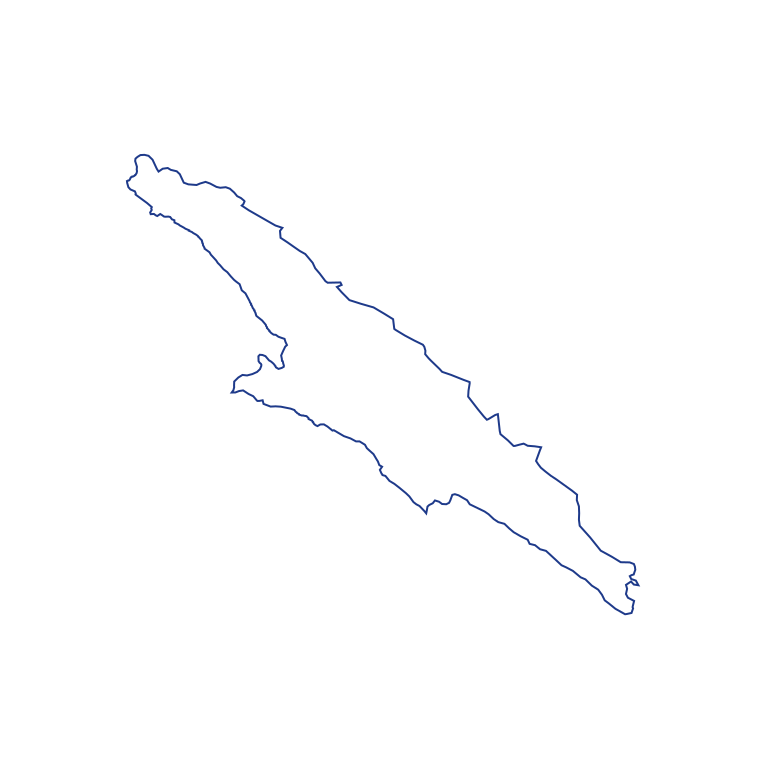 Tamu, Sagaing, Myanmar (orthographic projection), rotated 110°
{"feature_id": "60261553B38505178364809", "entity_name": "Tamu", "entity_type": "district", "adm_level": 2, "iso_a3": "MMR", "parent_name": "Myanmar", "parent_adm1": "Sagaing", "projection": "orthographic", "projection_center": [94.38, 24.188], "detail": "fine", "context": "isolated", "style": "outline", "palette": "blue", "viewbox_px": 768, "rotation_deg": 110, "n_neighbors": 0, "source": "geoboundaries", "source_scale": "gbopen_adm2", "svg_char_len": 4892}
<svg xmlns="http://www.w3.org/2000/svg" viewBox="0 0 768 768"><g transform="rotate(110 384 384)"><path d="M252.2,691.2L254.9,693.3L257.2,694.6L259.6,694.1L264.3,690.5L267.1,689.7L268.4,688.9L270.4,688.6L272.8,689.1L273.0,689.6L273.8,689.8L274.9,690.8L275.1,691.6L275.9,691.9L276.4,692.6L279.0,692.8L280.0,693.3L280.3,694.1L281.1,694.4L281.3,694.9L282.9,694.1L286.5,691.5L287.9,688.8L288.2,683.9L289.9,682.4L290.9,682.3L291.0,682.1L294.0,671.9L295.0,668.5L297.2,662.7L298.6,662.8L299.9,661.8L302.8,662.4L304.2,661.3L302.9,658.4L303.6,656.0L303.7,654.5L300.8,652.4L301.1,650.9L301.9,647.9L301.5,646.4L300.4,643.8L300.2,642.0L301.8,639.6L301.8,637.0L303.9,636.1L304.3,631.5L304.8,630.4L305.5,625.7L306.0,623.7L306.2,619.8L306.7,619.8L306.9,616.4L307.4,614.9L307.9,611.7L308.6,609.4L309.1,609.1L309.4,607.8L309.9,607.3L311.4,604.2L312.6,603.7L312.9,603.1L313.7,602.9L314.2,602.1L315.4,601.6L317.5,599.2L318.2,598.9L319.9,593.0L321.7,590.9L325.3,584.0L327.1,581.6L328.4,578.8L331.1,574.0L332.5,569.5L335.3,564.7L337.4,560.6L338.3,558.1L339.6,553.8L341.3,552.4L344.6,549.7L346.2,545.2L352.3,538.4L353.1,537.9L354.1,536.3L355.1,536.1L355.3,535.3L357.6,533.2L357.9,532.4L358.9,531.6L359.1,530.8L359.6,530.8L361.2,529.0L361.9,528.7L362.2,528.2L362.9,527.9L363.7,527.1L366.0,520.2L368.9,515.2L369.9,514.6L370.7,513.3L371.5,513.1L371.7,512.5L372.7,510.7L373.0,509.9L373.5,509.9L374.7,507.3L375.4,504.7L374.8,502.5L375.7,499.4L375.7,496.1L375.6,492.9L378.1,491.0L380.6,488.5L382.7,489.6L387.6,490.1L392.4,490.4L395.3,488.6L397.1,487.8L397.0,487.3L398.1,486.3L398.8,486.0L400.9,484.4L402.1,484.1L403.9,485.6L405.9,488.3L405.3,491.3L404.3,492.1L404.1,492.9L403.6,493.2L402.6,495.0L401.6,497.6L401.1,500.2L400.1,501.9L398.4,504.9L398.3,508.1L399.0,510.7L400.9,511.5L404.1,510.2L405.4,509.7L406.6,508.1L407.1,506.6L407.9,505.8L409.1,505.5L412.5,505.6L416.1,507.4L419.7,511.1L422.8,515.6L423.9,520.1L427.7,523.1L432.9,525.6L437.2,524.2L438.2,523.7L441.3,523.4L444.1,524.2L442.8,520.8L440.2,517.8L438.2,514.2L439.7,507.8L440.2,502.7L443.0,497.8L443.2,497.2L442.5,495.3L440.8,492.5L443.9,490.4L444.0,482.8L442.1,478.3L440.6,473.2L439.1,463.4L439.1,459.3L440.3,457.5L440.6,456.2L441.1,455.6L441.3,453.6L441.8,453.3L441.7,450.2L441.2,449.4L441.2,448.4L440.7,445.8L441.9,443.2L442.7,442.9L443.1,439.0L443.6,438.5L443.9,437.7L444.4,437.7L444.6,437.0L445.4,436.2L446.1,434.3L446.3,432.1L443.8,430.0L442.5,426.7L443.3,422.6L445.4,416.5L444.6,415.3L446.7,403.8L446.6,396.9L447.5,390.7L446.3,387.3L447.6,381.1L450.2,378.1L451.8,374.2L453.5,369.9L457.1,365.5L458.9,363.2L461.8,360.7L462.4,357.5L466.1,358.5L469.1,355.6L469.4,354.9L470.1,354.3L469.9,351.2L473.2,345.7L474.3,340.1L476.4,333.6L479.1,326.0L481.0,321.7L484.9,315.9L486.0,312.5L486.5,308.9L489.6,302.6L491.1,300.1L487.7,300.6L484.3,301.2L482.2,300.1L479.4,297.4L476.0,296.3L475.8,292.0L476.9,288.4L475.7,284.4L473.4,282.2L470.7,281.9L464.8,281.9L463.3,279.7L463.1,275.8L464.0,271.0L464.8,266.2L467.7,262.3L469.4,245.9L470.6,241.2L473.4,234.7L474.7,229.4L474.2,223.0L476.9,216.9L478.9,211.5L480.3,203.7L481.2,195.7L484.4,192.5L483.8,186.9L485.9,180.9L485.4,174.7L488.9,166.3L491.8,159.4L493.6,155.2L494.0,150.1L495.0,142.6L498.4,133.1L498.7,127.9L502.4,119.7L504.0,112.4L507.5,107.1L511.8,102.6L513.3,97.7L516.1,89.6L517.9,78.7L517.1,77.2L514.5,73.1L509.6,73.2L508.8,74.0L508.0,74.2L502.3,74.8L501.4,81.7L498.6,84.8L493.3,85.5L490.0,87.9L485.1,84.3L487.0,80.7L486.1,76.1L482.6,80.1L482.7,85.0L480.5,87.3L479.0,86.1L477.6,84.2L474.9,84.3L472.7,84.3L469.9,85.7L467.7,87.6L467.6,92.1L470.5,100.6L468.4,110.9L466.5,123.3L457.7,137.8L450.3,151.6L444.9,154.4L438.7,156.4L432.3,159.0L427.2,163.1L422.0,164.7L419.9,170.9L414.7,189.4L413.2,195.7L411.0,202.5L409.0,208.0L406.5,211.9L404.3,214.8L399.8,214.8L393.1,214.8L389.7,214.7L391.0,221.0L392.9,227.9L392.5,230.5L392.3,232.4L394.5,235.7L397.4,239.8L397.9,241.1L394.6,248.3L391.3,257.4L388.5,259.2L378.4,264.2L373.4,266.7L375.1,268.9L381.3,273.9L382.4,275.1L380.5,278.9L375.7,287.0L367.1,300.6L361.4,302.3L354.1,303.7L352.9,304.2L352.9,310.6L352.5,324.2L352.7,333.5L350.8,337.1L346.0,347.9L344.6,350.8L341.9,355.5L338.5,356.5L335.2,358.9L333.8,360.9L332.8,370.3L331.3,381.0L329.2,391.6L328.7,393.2L320.0,397.6L317.9,407.7L315.6,420.0L316.5,433.0L317.0,445.2L312.2,455.3L308.9,461.4L305.4,457.7L303.5,459.7L308.1,471.6L307.4,474.2L302.2,482.2L298.8,488.2L294.5,492.5L288.8,502.4L287.8,508.6L286.0,515.4L283.9,523.2L282.0,531.2L275.7,534.1L272.0,532.9L272.2,540.2L270.6,549.6L267.0,570.4L265.0,578.7L263.1,577.7L260.1,577.5L259.7,577.9L258.3,581.7L258.2,582.0L257.7,586.2L255.3,590.3L253.2,595.6L253.2,600.0L255.6,605.0L256.1,608.8L255.1,616.0L255.1,620.8L258.5,625.4L261.1,628.2L263.3,636.1L263.3,641.0L256.7,647.6L255.0,651.5L255.7,657.6L255.0,661.1L257.4,665.6L259.4,667.0L261.5,668.5L259.5,671.1L256.3,674.3L252.4,678.2L250.1,683.3L250.6,687.5L252.2,691.2Z" fill="none" stroke="#1e3a8a" stroke-width="2"/></g></svg>